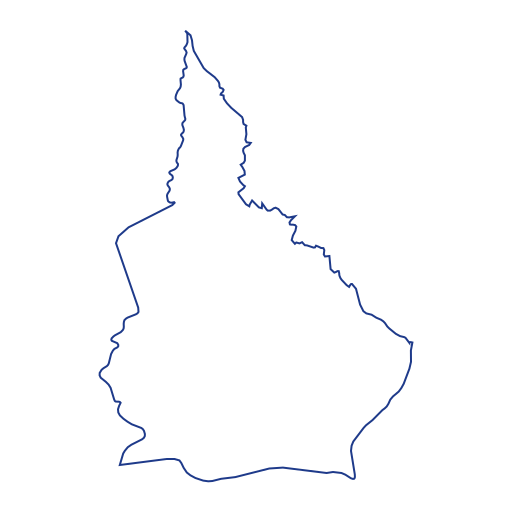 the border of Nana-Grébizi
{"feature_id": "CAF-807", "entity_name": "Nana-Grébizi", "entity_type": "Economic Prefecture", "adm_level": 1, "iso_a3": "CAF", "parent_name": "Central African Republic", "parent_adm1": "", "projection": "albers", "projection_center": [19.251, 7.51], "detail": "fine", "context": "isolated", "style": "outline", "palette": "blue", "viewbox_px": 512, "rotation_deg": 0, "n_neighbors": 0, "source": "natural_earth", "source_scale": "10m", "svg_char_len": 4329}
<svg xmlns="http://www.w3.org/2000/svg" viewBox="0 0 512 512"><path d="M185.2,30.7L190.5,35.3L192.0,40.3L192.6,45.9L193.8,50.9L203.7,68.1L206.9,71.2L214.7,77.2L218.0,81.0L218.8,82.3L219.2,83.4L219.4,84.6L219.4,86.1L220.0,87.7L222.7,88.7L223.6,89.9L222.8,91.8L221.0,93.5L220.6,94.7L223.6,95.5L223.8,98.7L226.9,103.2L231.2,107.8L242.1,117.1L243.1,119.9L243.1,122.1L243.6,124.0L246.4,125.7L245.8,127.5L246.4,134.2L245.4,139.8L246.6,142.3L250.7,142.9L249.2,145.0L245.0,147.0L243.4,148.7L243.1,150.8L243.6,152.7L244.9,155.3L244.9,160.6L243.7,162.8L240.7,164.7L242.4,167.1L244.5,171.0L244.8,174.6L238.4,177.9L240.0,181.5L243.2,185.0L244.9,186.2L243.7,188.2L238.4,192.3L238.6,194.2L246.0,204.3L249.3,206.3L249.7,204.6L252.1,200.5L258.9,207.4L261.8,208.2L262.2,203.4L266.6,209.6L267.7,210.6L270.2,210.6L272.1,209.5L273.7,208.3L275.6,207.7L278.4,209.1L282.6,214.5L284.8,215.0L286.9,217.2L289.2,217.4L294.9,216.3L291.0,220.2L289.5,222.4L289.9,224.4L291.2,224.7L293.2,224.7L295.1,225.1L296.3,226.5L295.4,230.8L292.9,235.6L291.7,240.1L294.9,243.8L296.3,242.5L299.5,243.4L302.1,242.2L304.8,245.2L307.0,245.4L313.6,247.6L315.0,247.4L316.0,245.7L318.3,246.6L321.1,248.0L323.4,248.1L324.3,250.1L323.8,254.5L325.0,256.5L329.4,256.0L330.6,269.1L334.3,272.6L335.9,272.0L337.5,271.1L338.7,271.1L339.2,273.2L339.3,274.9L339.6,276.1L340.5,278.2L341.7,279.9L346.6,285.1L349.1,286.9L350.3,284.8L351.1,284.0L352.0,284.0L356.0,288.8L360.1,304.6L363.4,311.2L366.3,313.4L371.6,314.7L376.3,317.7L381.0,319.7L383.4,321.4L385.0,323.1L387.3,326.5L389.2,328.4L395.8,333.8L400.0,336.1L404.2,337.1L405.5,337.8L409.3,342.8L409.3,342.2L410.7,342.1L412.4,342.5L410.9,350.4L411.0,361.8L409.4,368.7L403.7,383.8L401.3,388.1L398.7,391.6L393.0,396.4L390.3,399.6L388.4,403.8L386.7,406.5L384.7,408.4L382.4,410.1L372.5,420.1L366.0,425.3L363.7,427.8L353.3,441.5L351.6,445.7L351.0,450.9L354.8,474.4L354.9,477.0L354.5,478.3L354.0,478.8L352.9,478.9L351.0,478.3L345.4,474.7L341.5,473.0L333.0,472.0L326.6,473.0L282.9,467.6L269.3,468.5L235.3,477.1L221.1,478.8L212.4,481.0L208.3,481.3L203.2,480.6L195.4,478.0L190.4,475.3L186.8,472.5L183.7,467.9L181.3,463.0L179.4,460.4L174.4,459.0L166.6,459.0L119.8,465.0L123.2,453.5L124.9,450.7L127.8,447.2L131.4,444.7L142.1,439.3L143.9,437.8L144.8,436.1L144.9,434.0L144.0,430.9L142.9,429.2L141.4,428.0L131.8,424.3L127.5,421.7L123.4,418.7L119.9,415.4L118.3,412.5L118.0,409.3L119.1,405.9L120.6,402.8L119.9,402.0L118.9,401.7L116.4,401.6L115.5,401.5L114.8,400.9L114.1,399.3L110.6,387.8L108.6,384.6L105.8,381.8L100.7,377.7L99.6,375.3L99.7,372.9L101.6,369.8L103.5,368.2L106.9,366.1L108.1,364.8L108.8,363.3L111.1,354.0L112.9,350.6L114.4,348.9L117.3,347.4L118.2,346.4L118.3,345.0L117.3,343.2L111.8,340.8L111.3,339.8L111.6,338.4L113.4,336.5L115.0,335.3L120.7,332.2L122.0,330.9L123.0,329.8L123.6,328.5L123.8,326.9L123.7,323.8L123.9,321.9L124.4,320.2L126.0,318.6L127.6,317.6L135.9,314.3L137.5,313.3L138.5,311.9L138.2,307.6L116.0,243.2L118.5,236.2L128.6,227.3L172.3,205.1L174.6,202.8L174.2,202.2L173.3,202.3L172.4,202.6L171.6,202.7L170.8,202.6L169.9,202.5L169.0,201.9L168.2,201.3L167.8,200.3L167.1,196.8L167.0,195.6L167.3,194.3L168.1,192.9L169.4,191.0L169.8,189.9L169.8,188.7L169.2,187.3L167.8,185.5L167.4,184.5L167.5,183.4L168.4,181.8L169.4,181.0L171.3,180.1L171.8,179.7L172.4,179.2L172.7,178.3L172.8,177.2L172.4,175.9L171.8,175.2L170.0,173.9L169.5,173.2L169.3,172.4L170.0,171.5L170.8,171.0L174.1,169.6L175.0,169.1L176.5,167.8L177.1,166.9L177.7,166.0L178.0,164.9L177.9,163.8L177.0,162.7L176.5,161.6L176.4,160.2L177.5,156.7L177.7,155.0L177.6,152.5L177.9,150.6L179.0,148.3L180.1,147.4L180.9,146.0L183.1,140.4L183.3,139.0L182.5,137.3L181.7,136.3L181.1,135.4L181.1,134.5L182.2,133.2L183.2,132.4L183.7,131.2L183.9,129.9L183.4,127.8L182.4,125.2L182.3,124.1L182.5,123.0L183.6,121.7L184.5,120.8L185.2,119.9L185.3,118.7L184.9,117.3L184.5,115.5L183.6,105.1L182.7,103.6L181.9,103.2L180.9,103.1L180.0,102.8L179.1,102.3L176.6,100.3L176.0,99.5L175.6,98.5L175.6,96.9L176.1,94.8L177.7,91.1L180.0,88.2L180.6,86.8L180.9,84.6L180.5,79.9L180.6,78.6L181.6,78.0L182.6,77.6L183.4,76.7L183.7,75.4L183.1,71.2L183.3,69.8L184.4,68.9L185.6,68.5L186.5,67.9L186.8,67.0L184.6,60.9L184.4,59.4L184.5,57.9L186.2,54.0L186.6,52.6L186.0,50.9L184.6,49.1L184.2,48.4L184.3,47.9L184.7,47.2L186.1,45.6L187.0,43.7L187.5,42.1L187.3,33.5L185.2,30.7Z" fill="none" stroke="#1e3a8a" stroke-width="2"/></svg>